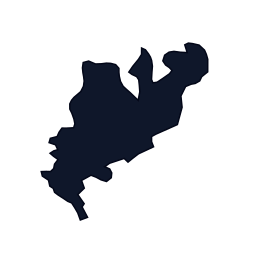 outline of Novo Xingu, Rio Grande do Sul, Brazil, rotated 74°
{"feature_id": "56859067B34726343619953", "entity_name": "Novo Xingu", "entity_type": "district", "adm_level": 2, "iso_a3": "BRA", "parent_name": "Brazil", "parent_adm1": "Rio Grande do Sul", "projection": "natural_earth1", "projection_center": [-53.062, -27.74], "detail": "fine", "context": "isolated", "style": "filled", "palette": "ink", "viewbox_px": 256, "rotation_deg": 74, "n_neighbors": 0, "source": "geoboundaries", "source_scale": "gbopen_adm2", "svg_char_len": 1657}
<svg xmlns="http://www.w3.org/2000/svg" viewBox="0 0 256 256"><g transform="rotate(74 128 128)"><path d="M96.0,35.9L91.5,34.6L83.9,32.4L78.7,32.4L74.2,33.0L67.9,36.8L64.6,42.8L63.0,46.6L63.7,50.5L71.8,50.3L69.6,56.8L67.0,62.7L66.4,67.6L68.1,72.7L73.1,76.0L77.8,74.5L81.3,71.6L84.8,69.8L87.3,73.2L89.9,80.7L92.0,87.3L91.5,91.6L87.8,92.0L80.9,89.6L75.3,87.5L69.6,86.7L66.1,86.9L62.6,87.8L57.6,89.7L54.9,92.9L61.0,94.7L64.8,98.9L70.0,106.4L74.5,111.8L77.6,109.4L81.0,105.5L84.6,104.4L89.8,105.3L96.5,106.7L104.2,110.6L94.7,116.1L90.5,118.8L86.5,121.2L81.1,122.4L75.8,122.1L72.0,121.4L68.1,120.3L63.7,122.4L61.1,126.8L59.7,130.9L58.9,136.0L57.5,141.6L52.8,147.4L52.7,153.0L57.6,155.2L62.6,156.1L66.6,156.5L70.8,157.2L75.6,159.3L80.0,163.4L82.1,168.0L83.7,171.5L85.8,174.6L88.8,177.3L93.8,178.7L98.3,177.9L104.4,177.5L109.3,177.9L112.8,180.2L111.2,187.1L109.9,191.5L113.0,195.4L116.7,198.5L116.5,205.5L120.3,207.9L124.2,202.3L129.5,201.5L129.5,205.6L130.8,209.9L134.6,207.4L139.0,203.9L142.5,208.6L146.5,210.6L148.5,214.5L147.2,218.6L146.0,223.4L150.6,223.6L156.2,218.8L162.3,219.2L165.4,216.5L169.6,216.3L173.3,213.5L177.7,209.6L181.9,206.1L184.5,202.8L189.8,201.2L195.7,199.7L203.3,199.2L202.7,191.5L191.2,193.9L188.7,191.0L184.1,192.6L178.1,194.6L173.8,186.6L165.6,187.1L163.2,176.6L166.5,172.2L170.4,168.2L173.5,163.4L171.2,157.8L166.7,156.0L162.3,156.9L158.8,161.1L156.8,155.4L156.5,148.0L156.2,140.1L160.8,137.4L158.6,132.3L155.7,125.0L153.1,108.6L147.7,109.1L142.7,107.7L141.6,102.9L138.9,83.6L138.3,79.6L123.0,70.3L111.8,68.3L104.0,61.2L103.3,55.2L103.7,51.1L102.5,46.1L99.0,43.0L96.0,35.9Z" fill="#0f172a" stroke="#020617" stroke-width="1.5"/></g></svg>